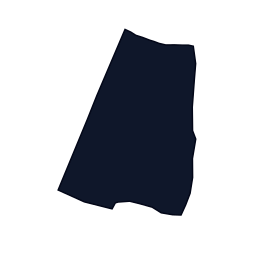 Motufoua, Tuvalu (Mercator projection), rotated 167°
{"feature_id": "33948139B1978289965587", "entity_name": "Motufoua", "entity_type": "district", "adm_level": 2, "iso_a3": "TUV", "parent_name": "Tuvalu", "parent_adm1": "", "projection": "mercator", "projection_center": [178.693, -7.491], "detail": "fine", "context": "isolated", "style": "filled", "palette": "ink", "viewbox_px": 256, "rotation_deg": 167, "n_neighbors": 0, "source": "geoboundaries", "source_scale": "gbopen_adm2", "svg_char_len": 556}
<svg xmlns="http://www.w3.org/2000/svg" viewBox="0 0 256 256"><g transform="rotate(167 128 128)"><path d="M108.7,224.7L151.1,166.5L165.8,145.3L210.0,83.3L187.2,65.9L161.7,52.8L157.2,57.9L154.3,58.1L142.8,56.3L133.9,51.8L122.2,45.4L114.7,37.9L104.1,33.5L95.9,31.3L89.0,40.3L82.2,50.4L76.2,65.2L72.1,83.7L64.5,102.0L65.7,110.9L60.7,133.8L52.4,160.5L47.6,175.5L46.0,193.0L50.4,195.1L56.4,196.5L63.9,198.5L72.5,200.4L78.8,203.5L83.3,206.5L86.8,208.5L93.5,213.0L99.6,216.6L103.7,220.8L108.7,224.7Z" fill="#0f172a" stroke="#020617" stroke-width="1.5"/></g></svg>